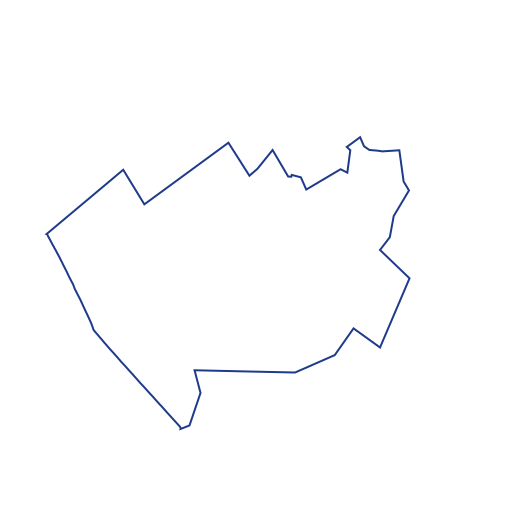 outline of Uchkuduk, Navoi, Uzbekistan, rotated 239°
{"feature_id": "79887680B40306907655933", "entity_name": "Uchkuduk", "entity_type": "district", "adm_level": 2, "iso_a3": "UZB", "parent_name": "Uzbekistan", "parent_adm1": "Navoi", "projection": "mercator", "projection_center": [63.246, 42.277], "detail": "fine", "context": "isolated", "style": "outline", "palette": "blue", "viewbox_px": 512, "rotation_deg": 239, "n_neighbors": 0, "source": "geoboundaries", "source_scale": "gbopen_adm2", "svg_char_len": 1254}
<svg xmlns="http://www.w3.org/2000/svg" viewBox="0 0 512 512"><g transform="rotate(239 256 256)"><path d="M272.8,433.3L280.6,418.2L283.5,414.7L288.5,407.8L294.4,405.1L304.2,406.4L302.7,390.0L298.1,391.3L280.4,377.2L286.8,373.2L287.1,333.3L300.3,335.0L307.1,328.4L305.8,327.1L307.5,324.5L338.3,324.8L330.0,302.1L328.2,291.7L367.3,290.7L357.8,186.9L398.3,186.6L382.7,87.9L382.4,88.2L379.3,87.9L378.0,87.9L369.1,87.4L368.1,87.5L366.5,87.3L364.6,87.3L363.8,87.3L363.5,87.2L363.1,87.2L354.7,86.8L353.2,86.6L350.3,86.5L349.1,86.3L348.0,86.2L339.2,85.6L337.9,85.4L333.5,85.0L325.8,84.6L321.0,83.7L308.9,82.9L297.1,81.6L295.0,81.4L289.2,80.8L283.1,80.1L276.7,78.8L276.0,78.7L275.1,78.9L274.8,78.9L263.5,80.8L259.7,81.4L250.8,83.0L248.8,83.4L240.1,85.1L238.6,85.3L234.5,86.0L230.9,86.8L221.6,88.6L215.4,89.8L206.8,91.4L203.1,92.2L201.2,92.6L192.3,94.3L191.1,94.6L186.7,95.5L185.2,95.7L184.8,95.8L178.1,97.1L176.5,97.5L173.4,98.1L167.4,99.2L163.6,100.0L158.9,100.9L149.0,102.9L148.9,102.9L147.3,102.8L146.6,102.2L145.0,111.7L167.2,137.9L189.7,144.5L160.6,190.5L136.0,229.5L130.5,272.5L142.2,298.9L143.7,302.3L113.7,315.2L157.8,376.1L197.3,365.4L203.2,380.4L219.3,394.6L233.4,420.9L243.8,420.9L272.8,433.3Z" fill="none" stroke="#1e3a8a" stroke-width="2"/></g></svg>